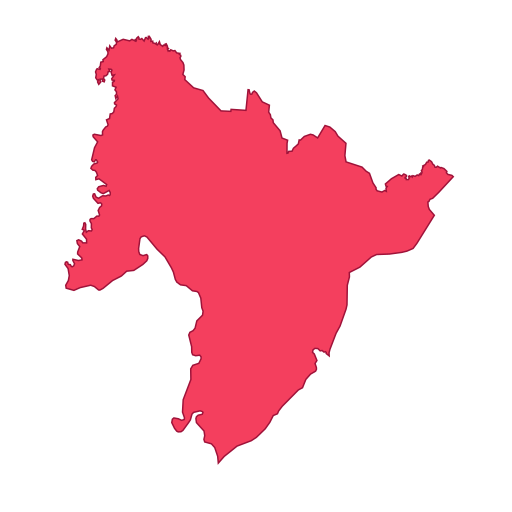 Mueang Yasothon, Yasothon, Thailand, rotated 5°
{"feature_id": "78962969B68944208488638", "entity_name": "Mueang Yasothon", "entity_type": "district", "adm_level": 2, "iso_a3": "THA", "parent_name": "Thailand", "parent_adm1": "Yasothon", "projection": "equal_earth", "projection_center": [104.128, 15.832], "detail": "fine", "context": "isolated", "style": "filled", "palette": "rose", "viewbox_px": 512, "rotation_deg": 5, "n_neighbors": 0, "source": "geoboundaries", "source_scale": "gbopen_adm2", "svg_char_len": 5877}
<svg xmlns="http://www.w3.org/2000/svg" viewBox="0 0 512 512"><g transform="rotate(5 256 256)"><path d="M337.6,349.1L337.2,346.1L337.8,342.5L342.5,326.0L345.8,318.5L350.3,301.2L350.9,296.8L349.5,277.2L350.9,268.7L350.4,264.3L360.5,258.0L371.0,246.9L376.0,244.0L388.8,242.4L400.8,239.7L405.9,238.0L411.8,234.8L415.2,229.3L430.1,199.9L424.6,194.5L423.3,191.7L422.5,187.3L423.5,186.6L424.3,184.4L427.0,183.1L432.4,176.8L445.6,159.8L444.1,158.6L440.0,158.0L438.4,156.5L438.8,155.1L435.6,152.5L432.6,151.7L432.0,152.2L429.0,150.7L427.9,151.9L426.6,152.0L425.7,150.1L424.3,149.3L422.6,146.7L420.2,145.3L419.5,145.7L419.3,147.4L417.9,147.7L416.8,150.1L414.4,151.7L415.0,152.4L414.3,152.8L414.2,155.3L413.3,156.4L414.1,158.0L413.7,159.6L413.0,159.2L413.0,160.6L411.7,160.1L411.1,161.7L409.5,161.2L407.6,162.8L405.3,162.3L404.7,163.7L404.0,162.8L402.8,163.5L401.8,162.8L401.2,163.3L401.8,165.3L401.1,166.6L399.1,166.8L398.8,165.8L397.8,165.5L397.7,164.7L399.0,163.9L398.9,162.6L396.8,161.6L395.9,161.5L394.3,163.6L391.1,162.4L384.2,167.2L378.6,173.0L379.5,175.2L380.6,175.3L379.6,177.1L380.2,180.2L378.6,179.5L375.9,181.3L371.0,180.5L369.7,179.0L369.7,177.6L366.1,173.0L361.8,163.7L358.4,162.0L353.9,158.2L337.5,154.4L335.8,148.3L335.8,135.9L327.1,129.4L324.1,125.2L318.3,121.1L313.4,120.0L307.1,133.0L302.3,130.4L299.6,130.0L293.7,132.7L290.2,136.7L288.9,136.6L288.4,140.7L283.9,145.4L282.7,148.5L279.5,148.9L278.9,150.7L277.9,151.0L277.1,141.0L277.4,137.9L271.6,136.2L269.1,129.2L261.6,121.7L261.0,118.9L258.8,117.1L258.0,114.0L256.1,111.6L256.2,104.6L248.8,101.9L242.3,93.4L239.9,91.8L238.3,93.3L237.8,95.0L236.8,95.4L235.9,94.9L234.6,91.0L233.6,91.0L233.3,111.8L218.4,112.1L218.3,114.1L208.5,114.5L195.0,102.8L188.8,95.8L179.2,93.9L169.7,86.5L169.8,83.6L167.3,81.5L168.1,77.0L167.5,72.1L166.4,69.7L163.7,66.9L163.0,65.1L163.7,63.8L163.5,62.6L162.0,61.7L162.5,60.8L159.3,60.6L157.3,58.4L155.7,58.9L153.1,58.0L152.3,59.5L151.0,58.8L150.6,59.4L149.6,57.5L150.6,56.8L149.4,56.0L149.5,54.8L148.0,52.4L146.9,53.0L147.4,54.2L145.4,54.0L144.8,55.3L142.2,53.7L141.1,50.9L140.4,52.4L140.9,53.0L139.5,53.5L139.2,54.3L138.0,53.7L138.0,52.6L137.3,53.2L134.6,52.6L134.4,51.0L132.6,51.4L132.6,49.3L130.5,46.4L129.6,46.6L130.1,48.5L129.6,49.4L127.7,47.9L126.9,48.1L125.8,51.6L123.3,49.3L121.9,50.3L120.4,50.0L120.4,48.8L119.6,47.8L118.2,49.3L118.1,50.3L117.0,50.8L118.0,51.9L117.6,52.6L113.5,51.0L111.4,52.7L104.8,51.7L99.2,54.8L98.6,52.9L97.3,51.5L96.9,53.3L98.4,55.1L98.4,57.3L96.4,58.9L96.0,61.0L93.9,61.6L92.0,59.4L91.6,63.7L89.3,61.6L89.0,63.2L90.7,65.5L90.9,67.6L89.8,70.5L86.4,73.8L86.9,75.6L84.5,76.4L84.3,80.4L83.4,81.8L84.6,82.6L84.4,83.7L81.4,83.3L80.8,84.3L80.1,86.6L81.1,89.1L80.8,92.4L82.5,94.5L83.8,94.0L83.0,96.4L84.4,98.7L86.1,96.3L85.3,94.6L85.7,93.4L88.0,93.1L87.7,95.2L89.6,95.7L90.0,93.9L88.6,92.3L89.0,89.9L90.7,89.6L92.3,87.9L92.7,85.3L94.3,84.9L93.1,82.6L95.4,82.6L96.3,83.4L95.7,85.6L96.9,88.7L99.1,87.9L96.8,92.0L97.3,93.3L99.6,93.4L99.5,94.4L97.9,95.4L98.2,99.0L101.9,100.1L101.0,102.8L102.7,104.6L102.9,107.1L101.7,108.5L102.6,111.3L104.1,108.8L104.9,111.4L101.6,115.6L101.9,116.8L103.9,117.8L103.6,119.3L102.0,121.2L101.8,124.8L100.4,126.6L98.4,127.2L98.1,131.8L95.2,133.4L97.2,138.1L96.7,139.6L95.0,140.6L92.7,144.1L92.2,145.6L92.6,148.7L91.1,149.5L84.3,148.8L83.0,149.7L83.4,151.4L88.3,156.1L85.7,162.2L83.9,174.5L85.0,176.0L86.7,176.3L87.8,174.1L88.6,174.1L90.1,176.3L89.5,177.3L86.4,178.5L84.4,181.0L83.9,183.1L86.0,184.7L88.1,184.8L89.7,186.4L91.2,189.6L89.5,191.6L89.8,193.9L92.9,192.8L101.0,197.8L100.6,199.6L97.9,199.0L93.3,200.7L92.0,202.8L92.5,204.2L96.0,206.5L98.4,207.2L104.0,203.5L105.3,205.5L105.4,207.6L104.8,208.5L103.5,208.1L101.2,209.3L97.9,209.4L94.1,212.2L91.5,211.2L89.8,208.1L88.6,208.4L88.1,210.6L89.0,212.7L94.0,217.3L96.5,216.5L97.8,217.6L97.8,219.5L96.0,221.3L94.8,224.4L96.6,228.8L95.9,230.1L94.0,230.1L91.2,232.9L88.5,233.1L87.5,234.0L87.5,235.5L89.2,238.1L89.5,242.3L90.5,243.9L89.9,245.4L86.8,245.4L84.9,247.1L83.9,244.0L83.6,239.3L82.6,237.8L81.6,238.3L81.6,241.2L80.6,244.6L82.3,245.1L82.6,246.0L81.1,249.2L85.7,254.0L86.1,257.7L82.3,258.0L80.9,256.4L77.9,255.3L76.2,256.3L77.0,259.2L79.6,262.0L78.0,267.6L78.1,269.5L82.6,273.1L83.0,275.0L79.5,276.0L73.9,275.2L73.9,276.3L75.9,279.5L75.3,281.7L74.0,282.7L73.0,282.6L71.8,280.8L69.7,280.7L68.9,278.6L67.6,278.3L66.7,279.0L66.4,280.9L69.9,284.9L71.7,291.8L71.2,296.8L69.0,301.7L69.7,304.6L77.6,306.1L83.6,302.8L93.9,299.5L97.7,300.5L102.2,303.6L103.5,303.5L106.4,301.6L115.3,292.9L123.7,287.6L128.5,282.4L135.5,281.0L144.0,274.3L147.6,270.3L148.4,267.9L148.2,265.4L147.0,264.1L143.4,265.5L140.1,264.6L138.8,261.8L138.4,258.7L138.9,248.8L140.0,246.9L143.0,245.6L145.7,246.6L156.9,257.9L165.4,264.8L172.8,275.2L175.1,279.2L177.7,286.4L179.5,289.0L183.3,291.3L189.1,291.6L195.7,296.2L200.2,296.5L201.9,297.5L204.7,302.8L206.5,312.2L208.1,315.6L207.9,319.6L202.7,325.8L201.6,333.2L199.8,335.9L196.8,337.8L195.9,340.6L199.8,352.0L200.4,357.6L201.5,359.9L204.6,360.6L208.6,359.7L210.1,361.3L210.2,363.3L208.4,367.9L202.6,370.4L200.8,374.1L201.9,384.7L196.0,405.5L196.4,417.9L198.8,423.3L198.8,425.1L196.3,426.2L192.8,424.9L188.3,424.5L186.9,425.9L186.6,429.3L189.9,434.8L192.3,437.4L193.8,438.0L196.6,437.6L198.4,436.1L203.5,427.6L204.9,425.0L206.0,419.1L207.5,417.2L213.8,415.1L216.3,415.7L216.8,416.6L216.2,418.4L212.3,419.6L210.7,421.3L210.3,423.2L211.2,427.2L219.5,434.9L220.6,439.5L220.1,443.2L221.1,445.7L228.0,447.0L231.6,450.4L235.3,458.9L236.5,465.6L241.8,458.4L253.7,447.0L267.4,440.4L272.2,436.6L280.2,427.4L284.3,420.4L287.1,413.4L291.1,411.3L292.1,408.3L295.3,403.3L309.9,385.7L313.8,383.2L316.4,374.6L320.6,368.9L325.4,365.5L326.1,363.6L325.9,361.9L324.2,357.9L325.8,354.8L322.6,348.5L320.7,347.0L321.0,344.5L322.7,342.9L325.7,342.8L328.2,344.9L330.1,344.4L332.1,345.8L333.6,345.3L334.4,346.0L334.4,347.0L337.6,349.1Z" fill="#f43f5e" stroke="#9f1239" stroke-width="1.5"/></g></svg>